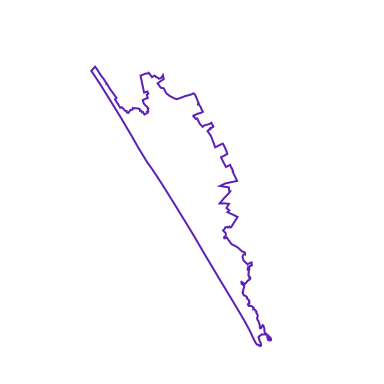 Benito Juárez, Guerrero, Mexico (orthographic projection), rotated 39°
{"feature_id": "50627088B69658113715616", "entity_name": "Benito Juárez", "entity_type": "district", "adm_level": 2, "iso_a3": "MEX", "parent_name": "Mexico", "parent_adm1": "Guerrero", "projection": "orthographic", "projection_center": [-100.362, 17.086], "detail": "fine", "context": "isolated", "style": "outline", "palette": "violet", "viewbox_px": 384, "rotation_deg": 39, "n_neighbors": 0, "source": "geoboundaries", "source_scale": "gbopen_adm2", "svg_char_len": 5927}
<svg xmlns="http://www.w3.org/2000/svg" viewBox="0 0 384 384"><g transform="rotate(39 192 192)"><path d="M282.6,209.3L280.4,213.2L275.0,212.8L273.9,211.9L272.1,210.7L271.4,208.6L271.9,207.0L272.4,207.0L271.9,206.3L271.3,206.0L270.7,205.8L270.0,205.9L268.4,206.8L267.4,206.6L262.5,206.3L257.6,207.1L256.7,207.5L254.9,207.6L252.1,206.6L249.9,206.2L247.9,205.4L247.4,205.8L246.8,207.3L246.1,207.6L245.7,207.4L245.4,207.1L245.4,206.5L245.8,205.3L245.8,204.8L245.3,204.0L243.9,202.7L240.4,202.4L240.5,199.4L240.1,198.8L241.3,197.0L242.0,197.1L242.3,197.0L242.5,196.3L242.7,195.4L243.1,195.4L243.6,195.7L244.3,195.2L244.5,194.4L243.1,182.7L232.2,185.3L232.5,182.7L228.9,182.8L228.2,177.9L224.1,180.6L223.0,181.7L220.7,183.5L220.8,176.9L221.4,169.7L221.3,167.3L220.3,167.7L218.8,166.3L217.8,165.2L210.0,169.7L212.6,164.2L220.1,155.0L211.5,150.9L210.6,150.4L210.8,150.0L208.1,148.5L207.9,148.7L206.9,148.3L204.6,146.9L202.7,151.2L195.2,148.0L193.6,147.2L192.6,146.6L193.7,144.7L195.1,141.0L195.5,140.4L195.1,139.9L192.8,138.4L188.5,136.2L185.5,135.0L185.1,135.7L184.4,137.0L182.9,140.6L181.8,142.7L179.1,140.9L174.9,138.6L174.0,137.9L170.7,136.2L170.6,136.3L165.7,134.9L166.0,132.0L166.4,132.2L166.7,131.0L166.0,130.7L166.1,130.4L167.2,129.0L167.5,127.7L163.5,126.0L163.2,127.1L162.0,129.3L161.3,130.4L160.5,131.3L159.6,132.7L159.4,133.5L159.3,134.6L155.5,134.2L151.9,132.7L152.0,132.6L149.6,131.6L148.9,132.8L145.7,132.3L146.0,131.9L145.5,131.4L145.2,131.3L146.2,129.6L147.5,127.0L149.0,125.2L150.0,122.8L149.1,122.4L148.1,122.2L146.6,121.3L145.2,120.5L143.4,120.0L141.8,119.3L141.4,120.0L140.9,119.1L141.1,118.7L140.9,118.5L139.1,117.8L138.3,117.1L135.6,115.7L132.6,114.3L131.2,114.3L129.7,117.3L128.9,118.2L127.5,120.3L126.4,121.6L123.6,126.6L121.8,129.3L121.7,129.5L119.5,130.3L114.1,131.4L110.0,131.5L104.7,129.2L102.2,130.6L97.0,129.3L96.9,129.1L97.1,129.0L97.7,126.0L98.4,124.2L98.5,123.6L99.0,122.1L96.0,119.6L96.3,121.7L96.0,122.3L96.1,122.9L95.7,123.8L95.2,124.3L95.0,124.8L94.5,124.7L94.1,124.8L93.2,124.7L92.4,125.1L91.8,125.3L91.1,125.2L90.4,124.9L89.6,125.1L88.7,127.9L84.7,126.9L83.4,126.7L83.5,127.3L81.3,129.3L78.8,134.0L92.2,144.9L94.1,142.0L96.2,143.1L95.6,144.9L98.5,146.9L97.1,148.9L95.9,151.6L98.7,153.5L99.0,153.5L99.3,153.7L101.0,154.0L102.6,154.0L103.5,154.1L105.5,154.6L105.3,155.3L107.1,156.7L106.6,157.9L107.7,158.2L106.3,161.7L103.4,160.7L103.0,161.6L101.2,160.9L100.5,161.6L99.2,160.4L97.4,161.1L94.2,163.3L93.8,163.7L93.2,163.9L93.9,165.4L92.5,167.2L92.8,170.5L91.3,171.3L90.2,170.2L89.1,170.9L84.1,170.3L83.3,171.7L73.8,168.4L74.1,166.4L62.9,163.4L60.8,162.5L58.3,161.7L57.9,161.7L57.5,161.9L57.4,161.4L56.5,161.1L54.6,160.6L52.4,159.8L47.8,158.7L40.6,156.3L37.8,155.6L37.5,161.2L50.9,165.4L73.0,173.0L76.6,174.3L89.7,178.9L110.8,186.8L122.0,191.2L136.2,196.3L138.2,197.0L145.9,199.1L152.2,201.0L166.0,205.5L190.8,214.1L210.0,220.9L222.0,225.2L242.9,233.1L268.7,242.6L286.5,249.0L306.4,256.3L314.8,259.5L322.9,262.9L324.8,263.7L331.9,267.2L336.0,269.0L337.6,269.5L338.6,269.7L340.1,268.8L341.0,268.8L341.3,268.9L341.3,269.1L341.7,269.1L342.2,268.4L342.2,267.8L342.1,267.5L341.4,266.8L340.7,266.5L340.1,265.9L338.5,265.3L338.1,265.0L337.1,264.4L336.4,263.7L335.1,263.1L334.9,262.7L334.9,261.9L335.3,261.4L335.5,260.1L335.8,258.9L336.0,258.5L337.0,258.1L338.4,256.5L339.3,256.4L339.7,256.0L340.7,256.0L341.1,256.3L341.3,256.8L341.8,257.5L343.5,258.5L343.6,258.4L343.8,258.4L344.1,258.6L344.3,258.8L344.5,258.5L345.4,258.8L346.2,258.3L346.5,257.6L346.4,257.4L346.5,257.2L346.4,257.1L346.2,257.3L345.2,256.9L344.8,256.7L344.6,256.7L344.4,256.5L344.6,256.2L344.4,256.2L344.3,255.8L344.1,255.8L343.8,256.2L343.6,256.1L342.9,256.0L342.4,255.7L341.9,255.8L341.3,255.6L340.3,255.8L339.4,255.4L339.0,255.6L338.4,255.6L336.9,255.4L336.0,254.7L334.1,252.6L333.6,252.2L332.7,251.9L332.0,251.1L331.7,251.0L330.7,251.0L330.7,251.5L330.9,251.7L330.9,251.9L331.0,252.1L330.8,253.2L331.0,253.5L331.3,253.9L331.2,254.3L331.0,254.9L330.7,255.1L330.4,255.0L330.0,254.7L329.4,253.9L329.2,253.7L328.6,253.0L326.7,251.6L325.8,251.2L325.4,250.8L325.0,250.6L323.7,250.2L322.4,249.5L321.7,248.8L321.6,247.8L320.9,246.7L320.3,246.2L319.7,246.1L318.9,245.5L318.1,245.5L317.8,245.3L317.4,244.4L316.3,244.0L315.5,244.1L315.4,244.3L314.8,244.0L314.3,244.0L314.0,243.8L313.5,243.9L313.4,244.1L313.3,243.8L312.7,243.5L312.7,243.4L312.2,243.5L311.5,243.0L311.3,243.0L310.6,243.3L309.9,243.3L309.2,243.6L309.0,243.9L308.5,244.1L308.1,244.6L307.8,244.8L307.5,244.7L307.2,244.4L306.8,244.3L306.8,244.2L306.4,244.3L306.1,244.1L306.5,243.6L306.4,242.8L306.5,242.5L306.5,242.2L306.1,241.6L305.9,241.5L305.5,241.6L305.3,241.5L305.2,241.2L305.2,240.6L304.7,240.3L304.4,240.4L304.0,240.2L303.7,240.3L303.2,240.2L302.6,240.2L301.6,240.1L301.4,239.9L301.5,239.6L301.4,239.4L301.1,239.2L300.8,239.2L300.7,239.3L300.3,239.0L299.4,239.0L298.9,239.1L297.8,239.6L297.3,239.6L296.5,239.4L295.8,238.8L295.6,238.9L295.2,238.8L294.8,238.5L294.9,238.4L294.6,238.2L294.3,237.6L294.3,237.2L293.2,235.5L292.7,233.8L292.1,232.6L291.8,232.2L291.4,232.0L291.2,231.7L290.9,231.9L291.1,232.0L290.9,232.2L290.4,232.2L289.9,231.9L288.8,232.2L288.3,232.1L287.1,231.0L287.0,230.7L287.6,230.7L287.8,230.7L288.1,230.5L288.4,230.6L289.6,230.3L289.8,230.6L290.3,230.7L290.8,230.1L291.1,229.4L291.2,228.6L291.1,225.6L291.7,224.6L291.9,223.5L291.9,222.8L291.7,222.5L291.3,222.8L291.4,223.2L291.3,223.3L291.2,223.2L290.8,222.8L291.0,222.4L290.9,222.2L290.9,221.9L290.7,221.9L290.6,222.1L290.3,222.2L290.0,222.1L290.0,221.9L289.8,221.5L288.7,221.5L288.2,221.3L288.0,221.1L288.0,220.7L287.7,220.4L287.1,219.3L286.6,218.9L286.7,218.7L286.2,218.2L286.0,217.9L285.7,217.5L285.5,217.0L284.9,216.8L284.8,216.5L285.1,215.9L284.7,215.8L284.5,216.1L284.6,216.5L284.5,216.8L284.7,217.2L284.3,217.4L283.8,217.0L283.0,215.3L283.2,214.5L283.5,215.3L283.8,214.8L283.8,214.3L283.4,214.2L283.8,214.0L284.0,212.4L284.7,211.3L282.6,209.3Z" fill="none" stroke="#5b21b6" stroke-width="2"/></g></svg>